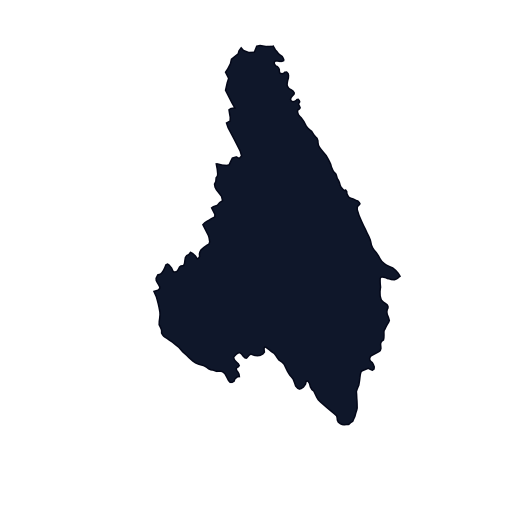 outline of Luninets, Brest, Belarus, rotated 243°
{"feature_id": "67162791B41216407156673", "entity_name": "Luninets", "entity_type": "district", "adm_level": 2, "iso_a3": "BLR", "parent_name": "Belarus", "parent_adm1": "Brest", "projection": "robinson", "projection_center": [26.952, 52.407], "detail": "fine", "context": "isolated", "style": "filled", "palette": "ink", "viewbox_px": 512, "rotation_deg": 243, "n_neighbors": 0, "source": "geoboundaries", "source_scale": "gbopen_adm2", "svg_char_len": 5672}
<svg xmlns="http://www.w3.org/2000/svg" viewBox="0 0 512 512"><g transform="rotate(243 256 256)"><path d="M356.1,262.4L351.0,260.9L346.4,259.1L344.6,257.8L343.8,256.0L340.6,254.0L338.9,251.7L336.0,250.8L333.1,250.8L324.8,252.4L320.4,251.3L320.1,247.9L318.7,244.6L319.3,240.3L319.0,238.3L315.8,238.3L311.8,238.3L309.5,237.0L309.5,234.5L309.5,233.0L309.2,230.3L309.2,228.3L308.9,225.6L308.0,222.9L306.6,222.9L301.7,222.9L298.8,222.9L295.9,222.9L293.6,222.5L289.6,221.2L287.9,219.4L287.9,217.4L287.3,213.4L286.4,209.8L285.0,207.8L283.5,206.5L281.2,205.6L280.1,203.8L280.1,202.4L283.5,202.0L287.0,200.7L289.0,199.3L287.8,196.9L287.8,194.4L286.7,192.4L284.7,190.9L281.8,188.9L280.3,187.1L281.2,184.6L280.9,182.9L279.2,180.6L278.0,178.2L278.9,175.7L280.3,175.1L283.5,175.3L287.5,174.4L289.0,173.5L289.0,171.7L287.2,169.7L285.2,167.1L283.8,164.6L283.2,162.6L283.8,160.0L281.5,156.9L279.5,156.0L277.4,156.0L274.6,156.2L272.0,156.2L270.8,155.5L270.0,153.3L270.8,149.0L267.3,148.8L264.9,148.7L261.4,148.0L257.8,147.2L254.3,146.3L249.6,144.9L247.2,143.8L244.1,141.8L241.8,140.2L238.7,138.5L236.6,138.5L234.1,138.4L232.3,138.0L230.2,136.9L228.2,137.0L226.6,137.3L225.1,138.0L223.2,139.2L220.4,140.6L217.3,142.4L213.3,144.1L209.7,145.8L203.9,147.2L198.9,149.2L196.0,150.1L191.1,152.0L188.2,153.6L185.8,155.6L184.2,157.3L182.5,159.2L181.6,160.0L179.3,161.5L176.9,162.6L175.0,164.2L173.8,166.0L171.2,168.4L169.9,171.2L169.2,172.4L168.3,173.5L166.5,174.4L165.0,174.9L161.3,175.0L157.5,175.0L155.2,175.6L154.3,177.3L154.4,179.6L156.0,181.3L156.4,182.8L156.8,184.8L156.1,186.4L158.4,187.2L160.6,187.2L162.9,186.8L164.6,187.2L165.3,188.5L165.3,190.0L166.0,191.3L167.9,191.3L170.1,190.5L172.7,189.7L174.3,189.7L176.0,190.1L176.4,190.9L177.4,193.7L177.7,195.8L177.2,197.8L175.0,198.7L172.5,199.1L170.1,200.0L169.3,201.2L169.9,202.7L170.8,205.0L171.0,206.9L169.2,208.5L168.0,209.7L166.5,212.0L165.6,214.5L165.6,217.6L166.6,219.9L169.2,220.8L170.4,221.5L170.9,222.6L170.2,223.4L168.5,224.2L166.6,225.2L164.6,226.0L163.0,226.8L161.0,228.0L158.2,228.5L156.1,228.7L152.9,229.2L151.5,230.0L149.4,231.1L146.7,231.9L143.6,231.8L139.0,231.7L136.2,231.9L134.3,232.1L132.1,232.7L129.4,233.2L126.4,232.9L124.8,232.7L122.2,232.3L119.3,233.1L119.1,233.2L117.7,234.3L117.4,236.0L117.7,238.7L118.5,240.3L119.4,242.0L120.5,242.9L121.6,243.8L121.0,245.5L118.1,245.8L114.6,245.0L111.5,245.2L109.4,246.2L106.2,246.1L102.7,246.0L99.7,246.2L96.6,247.2L93.1,248.6L88.9,250.3L84.4,252.2L80.3,254.0L76.9,255.3L74.9,254.8L72.9,254.0L70.6,253.9L68.1,255.1L66.6,256.4L65.6,257.9L64.7,260.3L63.8,262.1L64.6,264.7L64.8,267.1L66.4,269.0L68.1,271.2L71.0,273.8L73.1,275.9L74.6,277.1L78.3,278.9L81.1,280.2L83.5,281.2L87.0,282.8L89.7,283.9L91.4,285.6L92.8,287.2L94.3,289.0L98.0,291.7L100.7,293.5L102.9,295.0L104.9,296.7L105.5,298.3L105.3,301.0L105.0,305.0L103.5,306.1L101.4,307.8L101.7,309.8L103.5,311.0L106.2,311.3L108.3,311.2L109.7,310.5L111.4,310.1L113.4,310.9L114.3,312.1L114.8,313.2L115.0,322.0L115.3,323.7L116.9,325.3L118.7,326.1L120.5,326.8L122.1,327.8L123.1,329.7L123.3,331.4L124.9,332.7L127.4,334.1L130.1,335.4L131.6,336.4L132.1,337.4L133.9,339.7L135.5,342.0L136.7,344.0L138.0,345.5L141.0,346.1L144.4,346.4L146.8,347.2L148.7,348.6L149.8,350.0L151.2,350.7L153.0,350.7L154.9,349.8L157.0,348.6L159.7,347.7L161.4,347.9L164.1,348.5L166.3,349.5L168.3,350.5L170.4,351.9L171.6,352.8L174.7,354.0L176.7,354.9L178.1,355.6L179.6,356.4L180.3,357.5L180.2,358.6L179.6,359.5L178.4,361.0L177.6,361.9L176.1,363.0L175.3,364.2L173.5,366.0L172.0,368.5L171.8,370.5L171.9,372.3L172.3,373.3L172.5,375.1L173.5,375.1L176.3,374.8L179.8,373.9L183.3,372.4L186.0,370.1L188.6,368.1L191.0,366.8L194.1,365.6L197.7,365.2L200.3,365.2L204.4,364.7L207.7,363.9L210.4,363.6L213.4,363.8L216.3,364.6L218.5,365.1L222.2,365.4L226.1,365.4L230.2,365.6L234.0,365.6L239.2,365.8L245.4,366.2L251.3,367.2L253.5,368.4L254.3,369.6L254.7,371.1L255.3,372.3L256.7,372.3L258.8,371.7L260.0,370.4L261.2,369.6L262.9,368.3L264.2,366.9L265.9,365.5L268.3,365.2L270.3,365.3L272.3,366.1L274.1,365.8L274.1,364.7L275.5,363.8L279.0,363.0L280.9,363.1L283.8,363.7L286.0,363.8L288.2,363.6L290.7,364.1L292.7,364.4L294.8,363.8L296.0,363.4L298.0,363.4L301.1,363.6L303.9,364.2L306.6,364.3L309.2,364.3L313.6,364.1L316.2,363.5L318.8,362.9L321.6,362.3L324.2,361.9L326.3,361.9L328.6,362.6L330.7,363.5L333.2,363.8L335.2,363.1L338.0,362.5L341.8,362.2L344.1,361.1L346.5,360.2L349.0,359.7L352.2,359.7L354.0,359.7L356.8,359.3L358.7,359.0L360.4,358.4L362.7,357.9L365.6,358.4L367.3,359.8L367.3,361.4L368.0,362.6L370.1,362.8L371.2,362.6L372.6,363.4L373.5,364.9L374.7,365.1L376.5,364.7L376.8,363.4L376.3,362.3L376.3,360.4L376.8,358.8L378.1,357.8L379.8,357.8L381.2,359.1L382.0,360.8L382.9,363.3L383.9,364.1L386.0,363.9L388.0,362.9L389.8,361.6L391.2,361.2L393.3,361.1L394.8,361.6L396.7,362.9L398.1,364.0L399.8,365.6L402.0,366.9L403.8,367.4L406.0,366.8L406.7,365.0L406.3,364.0L406.2,362.9L407.3,360.9L408.4,360.3L409.8,360.6L411.6,361.4L413.0,361.5L415.1,361.0L416.1,360.0L418.7,359.5L420.6,360.4L420.9,361.9L419.8,364.0L418.6,365.5L417.7,367.4L417.5,369.3L418.4,369.9L420.3,370.0L421.9,369.9L425.0,368.3L426.5,367.8L428.9,367.4L430.7,366.8L432.4,366.8L435.2,366.6L435.1,366.2L438.1,360.0L441.7,355.2L442.6,351.9L438.3,347.0L440.6,341.9L444.9,338.1L448.2,337.3L446.5,334.0L444.2,331.9L442.5,323.5L438.9,320.5L435.6,315.9L433.6,312.3L430.0,312.3L426.7,312.3L423.4,309.0L417.5,304.1L414.2,304.1L403.7,304.1L397.5,304.4L398.8,300.6L398.5,298.3L394.5,297.0L391.2,296.0L388.0,294.2L387.9,290.1L383.0,289.4L370.2,289.6L356.8,289.6L351.7,288.6L350.5,285.3L353.2,283.5L354.0,279.4L351.7,276.3L349.4,273.4L350.0,271.0L352.3,267.2L355.7,263.3L356.1,262.4Z" fill="#0f172a" stroke="#020617" stroke-width="1.5"/></g></svg>